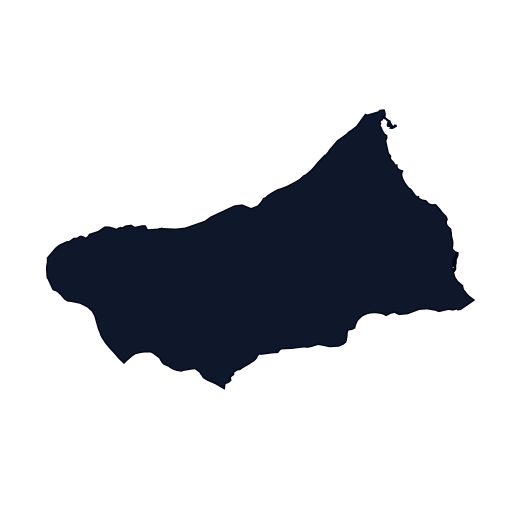 Bajil, Al Hudaydah, Yemen, rotated 172°
{"feature_id": "15242507B92683143356250", "entity_name": "Bajil", "entity_type": "district", "adm_level": 2, "iso_a3": "YEM", "parent_name": "Yemen", "parent_adm1": "Al Hudaydah", "projection": "orthographic", "projection_center": [42.982, 15.041], "detail": "fine", "context": "isolated", "style": "filled", "palette": "ink", "viewbox_px": 512, "rotation_deg": 172, "n_neighbors": 0, "source": "geoboundaries", "source_scale": "gbopen_adm2", "svg_char_len": 5898}
<svg xmlns="http://www.w3.org/2000/svg" viewBox="0 0 512 512"><g transform="rotate(172 256 256)"><path d="M461.6,251.1L458.4,249.3L456.1,247.1L455.9,246.3L454.7,245.3L451.5,240.2L448.8,237.8L444.6,236.7L436.8,233.9L429.8,229.1L425.7,224.2L423.8,219.0L422.1,206.3L420.9,201.5L420.6,199.3L419.5,196.3L416.7,190.5L413.7,185.7L408.0,177.3L406.3,174.4L401.6,168.4L398.8,170.6L392.7,174.5L389.3,176.2L383.9,176.7L380.0,176.7L374.0,175.9L372.4,175.1L370.9,173.9L365.6,168.6L364.1,164.8L363.3,163.3L362.2,161.8L357.4,158.9L356.7,158.0L353.7,155.6L350.2,153.9L345.8,152.5L344.2,153.0L335.2,153.2L332.0,153.1L327.8,149.0L326.5,146.0L326.0,145.9L325.3,143.7L324.6,142.6L321.1,139.8L313.9,135.4L305.9,129.1L304.5,134.2L302.6,134.4L300.7,134.9L298.4,136.4L298.4,139.6L296.2,141.1L294.7,141.8L294.6,143.9L290.7,145.9L287.6,146.0L285.7,147.1L278.3,150.1L272.6,152.8L271.1,153.9L269.7,155.1L268.8,156.7L267.3,158.2L266.4,158.7L265.0,158.2L263.8,158.1L253.2,158.0L247.9,157.6L245.1,160.3L243.1,160.6L233.1,159.7L221.3,159.5L217.3,158.6L213.5,158.9L206.9,160.0L201.9,158.4L195.6,156.1L186.6,155.4L181.9,156.7L179.3,158.3L178.6,159.8L178.0,161.5L177.0,164.9L176.6,167.0L175.8,169.2L175.1,169.9L173.6,170.1L171.8,170.1L170.0,170.5L168.4,171.1L167.4,173.6L165.0,177.7L163.3,179.2L160.0,181.6L158.2,182.4L154.3,183.5L152.4,183.8L150.6,183.9L146.7,183.6L144.5,183.2L140.3,182.0L138.3,181.1L136.5,180.1L136.2,179.6L135.4,179.1L130.5,180.8L126.0,181.1L125.0,179.9L123.5,179.1L122.4,178.3L114.0,177.9L101.8,180.6L94.0,180.1L84.7,177.1L83.9,176.3L82.3,175.7L72.8,176.6L68.7,175.3L64.7,175.8L63.6,174.7L60.7,174.8L46.3,182.0L50.8,186.5L53.1,189.8L54.2,191.9L54.4,191.8L54.7,192.1L54.7,192.4L55.3,193.7L55.5,194.6L55.7,196.6L55.6,197.8L55.9,198.2L57.8,200.1L58.1,200.6L60.0,202.7L61.3,205.3L62.1,207.1L62.4,208.7L62.8,212.4L62.7,213.7L62.8,214.3L63.6,215.5L63.7,216.9L63.3,218.1L63.2,218.3L63.0,218.2L62.6,218.4L61.9,219.4L62.0,220.6L61.7,221.0L61.8,222.4L62.1,222.5L62.2,222.9L61.7,222.8L61.2,224.7L60.6,225.3L60.4,225.9L58.2,228.6L57.9,229.1L57.3,229.7L57.2,229.9L57.5,230.2L57.2,230.3L56.8,230.1L56.8,229.8L57.1,229.1L56.9,229.2L57.1,228.7L57.3,228.5L57.8,227.5L58.4,227.2L57.6,227.1L57.6,226.9L57.9,226.9L57.9,226.7L58.6,226.3L59.0,225.8L59.6,225.4L59.2,225.3L58.9,225.5L59.1,225.2L58.9,225.3L59.8,224.6L59.6,224.5L59.3,224.6L59.8,224.0L59.9,223.5L59.8,223.3L60.0,223.1L59.8,222.8L60.1,222.5L59.9,222.4L60.1,222.1L60.1,221.8L60.5,221.4L60.5,220.5L60.7,220.1L61.2,219.7L60.4,220.3L60.5,219.9L61.0,219.6L60.3,220.0L60.4,219.6L60.6,219.6L60.6,219.3L61.0,219.0L60.6,219.1L60.6,218.8L61.1,217.9L61.0,217.5L61.3,216.5L62.0,216.1L61.4,215.9L61.7,215.8L61.5,215.7L61.7,215.3L61.4,215.4L61.5,215.1L61.3,215.0L61.8,214.2L61.7,213.7L62.0,213.5L61.9,213.3L61.6,213.4L61.0,214.2L60.3,215.2L59.7,219.2L58.9,221.2L58.5,224.2L58.1,225.1L56.5,227.7L55.9,229.2L55.6,230.9L55.7,231.1L58.0,232.2L60.0,234.4L60.5,235.6L60.5,237.0L60.3,238.0L59.9,238.5L59.6,240.9L59.4,241.2L59.5,241.7L59.3,242.0L59.4,243.2L59.3,243.4L59.3,244.0L59.7,247.4L59.7,250.2L59.5,251.1L59.6,253.1L59.5,254.9L60.1,256.2L62.3,259.0L62.8,260.2L63.1,262.1L63.0,262.7L62.6,264.5L61.7,265.5L62.0,267.6L63.2,269.8L64.5,271.4L65.4,272.9L65.8,273.3L67.7,276.8L71.0,281.7L74.8,282.1L77.1,283.2L78.7,284.7L79.1,285.6L80.1,286.9L81.6,287.5L83.3,288.0L86.1,289.7L87.4,291.1L86.4,292.3L87.7,290.9L87.8,291.0L86.5,292.7L87.3,291.7L88.2,292.0L89.8,293.5L90.8,295.1L91.1,295.9L91.7,295.8L91.3,296.3L92.1,297.3L92.2,297.8L92.1,298.0L92.3,298.2L92.3,298.4L93.9,300.8L95.6,302.2L97.6,305.7L98.7,308.0L100.2,312.3L100.6,315.7L100.4,317.0L99.9,318.5L99.1,319.4L99.1,319.8L100.8,320.5L101.9,321.2L102.9,322.1L103.6,323.1L104.1,324.2L103.9,326.4L105.7,326.7L106.6,329.0L109.1,332.8L109.7,335.0L109.2,335.1L108.9,335.8L109.0,336.6L110.7,339.1L111.7,352.1L110.1,354.6L109.9,356.9L112.0,359.0L112.6,360.4L113.2,361.4L113.3,362.3L113.9,363.5L114.0,364.8L114.5,366.2L114.8,366.6L115.2,368.5L115.0,368.9L114.6,369.0L114.2,370.0L114.6,370.7L114.6,371.7L114.4,372.2L113.5,372.7L113.4,373.0L112.2,373.4L111.8,373.8L111.8,375.1L111.4,375.1L111.4,376.2L111.1,376.3L110.7,376.2L110.8,375.1L110.3,374.6L109.4,374.6L109.3,374.2L109.0,374.3L108.7,374.1L108.4,373.6L107.2,372.8L107.4,372.4L107.4,372.1L106.4,371.7L106.2,370.9L106.8,369.8L106.8,369.1L107.6,367.8L107.6,367.1L107.2,366.1L106.1,366.1L106.0,365.8L105.7,365.8L105.2,365.9L105.0,366.3L105.1,366.6L104.8,366.9L104.2,367.1L103.9,366.6L103.9,366.3L103.8,366.1L103.9,365.8L103.5,365.5L103.0,364.4L103.0,363.9L104.9,364.4L105.1,364.0L104.5,364.1L103.8,363.5L103.5,363.5L101.9,363.9L99.1,365.1L99.3,365.9L100.4,366.2L100.6,365.6L100.5,365.4L100.7,365.2L101.1,365.1L101.8,365.2L102.5,365.5L103.0,366.0L103.4,366.6L104.1,368.5L104.7,369.3L104.5,370.1L104.8,370.7L104.7,370.9L106.6,372.3L107.8,373.8L108.5,374.1L109.0,375.3L109.0,376.6L108.6,377.4L108.5,379.1L108.5,380.6L108.9,382.7L113.0,382.9L114.5,381.6L126.0,379.9L127.9,380.9L138.2,370.3L142.9,367.6L147.4,365.4L148.6,364.3L149.9,363.5L159.3,358.6L168.8,350.2L168.7,349.9L173.1,345.8L173.8,346.1L181.8,339.7L186.0,335.8L187.4,334.6L189.5,333.0L193.5,330.4L195.2,329.4L197.6,328.6L201.8,325.7L206.9,323.5L215.3,320.5L221.3,319.1L225.2,318.5L230.9,316.3L235.1,314.4L236.4,313.7L238.0,312.3L240.6,311.7L241.8,310.0L243.8,307.9L247.2,305.1L253.9,303.5L254.6,303.6L262.6,308.3L270.3,308.4L295.4,300.7L301.5,297.4L322.2,293.3L332.0,293.6L344.8,296.0L345.3,296.5L349.6,296.1L359.9,296.8L361.6,301.2L364.4,301.6L372.1,301.0L375.4,303.7L380.8,303.7L384.3,302.3L386.1,302.9L388.0,302.7L390.2,301.6L394.7,303.8L395.5,304.0L396.9,304.8L401.3,305.6L402.2,305.3L408.7,302.1L417.8,300.5L419.9,298.3L422.0,297.1L424.6,299.0L426.3,299.8L427.8,299.7L430.7,298.3L434.0,298.7L437.4,296.8L438.9,296.2L440.5,296.0L441.1,296.4L449.2,293.9L453.2,291.5L462.8,283.0L463.0,280.6L463.3,278.8L464.5,275.1L465.1,272.5L465.2,270.3L465.7,263.6L465.0,262.4L461.6,251.1Z" fill="#0f172a" stroke="#020617" stroke-width="1.5"/></g></svg>